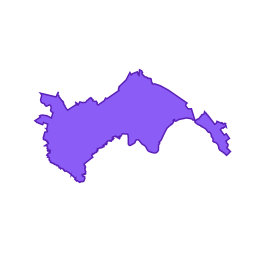 the district of Hauraki District, Waikato, New Zealand, rotated 146°
{"feature_id": "76426892B20926799897700", "entity_name": "Hauraki District", "entity_type": "district", "adm_level": 2, "iso_a3": "NZL", "parent_name": "New Zealand", "parent_adm1": "Waikato", "projection": "albers", "projection_center": [175.627, -37.294], "detail": "fine", "context": "isolated", "style": "filled", "palette": "violet", "viewbox_px": 256, "rotation_deg": 146, "n_neighbors": 0, "source": "geoboundaries", "source_scale": "gbopen_adm2", "svg_char_len": 5861}
<svg xmlns="http://www.w3.org/2000/svg" viewBox="0 0 256 256"><g transform="rotate(146 128 128)"><path d="M118.9,91.8L117.0,91.8L115.3,92.5L111.9,97.1L110.7,97.3L110.0,98.0L110.2,99.0L107.9,99.2L106.7,99.8L101.6,102.9L95.9,106.0L92.3,106.6L90.0,106.6L89.8,107.0L89.2,106.7L87.5,107.2L86.7,107.9L86.5,108.8L86.1,108.8L85.6,109.3L84.9,109.0L85.2,108.8L85.5,107.9L84.8,107.1L83.6,106.7L81.8,106.7L79.7,106.0L78.9,106.3L79.2,106.0L78.3,105.4L73.8,103.6L70.2,100.1L69.9,99.5L69.9,98.6L68.9,97.7L68.6,96.4L68.3,96.7L64.7,108.5L67.5,110.3L67.7,114.3L66.2,115.6L65.1,115.7L73.4,136.9L77.7,145.2L81.3,149.8L82.0,149.9L83.2,151.1L82.7,151.7L82.7,153.2L81.4,155.5L81.7,156.5L82.1,156.6L82.2,157.0L83.4,157.7L83.6,158.7L84.1,158.7L84.2,159.8L85.4,160.9L85.7,161.6L85.6,162.2L85.9,162.5L85.8,163.2L86.2,164.8L85.8,165.5L84.9,165.9L85.0,166.4L84.7,167.8L85.9,169.8L89.5,165.6L89.7,166.7L89.1,168.1L88.9,169.4L94.0,170.5L95.6,170.2L95.4,172.9L102.7,168.9L112.4,167.2L112.4,166.8L113.5,166.2L114.5,165.1L114.6,164.6L114.5,164.2L129.0,164.0L129.9,165.4L132.2,163.9L139.9,163.8L140.2,164.5L140.1,165.6L139.4,166.1L139.4,168.0L140.6,168.6L141.9,169.9L141.8,170.5L141.2,171.1L141.8,171.9L141.9,172.6L141.5,172.8L141.8,173.9L142.6,173.9L143.2,174.2L145.6,173.6L146.2,173.8L148.4,173.1L149.2,173.1L152.0,174.9L153.3,176.6L155.9,175.3L157.0,178.4L157.3,178.2L157.0,175.5L158.3,176.4L168.1,176.6L168.3,179.0L168.2,181.2L167.8,182.1L168.1,183.4L167.7,184.0L167.5,185.2L167.1,185.5L167.5,186.3L167.2,186.4L167.4,187.0L167.2,187.2L167.6,188.1L167.6,189.9L167.8,190.2L167.6,191.2L167.9,192.4L167.4,193.2L167.3,193.9L167.7,194.9L165.5,196.9L170.3,194.0L181.1,205.8L181.0,204.7L181.3,203.2L184.5,200.5L185.1,199.4L185.5,197.9L185.0,196.5L183.8,195.0L184.0,193.2L183.7,191.9L183.0,191.5L180.5,191.2L179.9,190.8L179.8,190.4L180.0,188.5L180.4,187.6L182.3,186.0L182.5,185.2L182.3,184.1L181.5,182.9L185.9,179.1L188.4,183.6L191.6,186.5L193.4,187.4L194.6,187.5L194.6,186.0L201.1,186.1L200.4,183.5L199.8,182.9L199.6,182.3L196.9,178.5L194.9,179.7L192.4,176.1L195.7,172.8L196.2,173.2L196.1,172.8L196.5,171.8L196.2,171.0L197.3,170.0L199.2,171.1L203.7,167.3L204.0,166.6L204.5,165.7L203.9,165.1L203.3,165.0L203.2,164.3L203.4,164.2L202.7,163.2L202.9,163.2L202.8,161.4L202.3,161.4L202.3,160.2L202.6,159.7L207.0,159.8L206.8,159.6L205.7,159.7L205.3,159.3L205.4,158.7L205.2,158.6L205.2,158.1L205.9,156.2L206.4,156.2L206.2,154.8L207.3,154.6L207.4,153.7L206.3,153.1L205.6,153.6L205.3,153.2L205.6,152.7L205.2,152.6L206.4,151.4L206.6,151.6L206.6,151.1L208.0,151.6L208.4,151.6L208.4,151.3L209.9,151.2L210.6,150.8L210.0,149.8L210.2,148.9L210.7,148.8L210.5,148.6L210.7,148.4L209.9,147.7L210.3,146.5L211.0,146.1L211.3,144.9L210.8,143.7L211.4,142.9L211.0,142.8L210.7,141.9L210.2,141.4L210.3,141.2L209.9,141.1L209.4,139.3L209.0,139.3L208.8,139.0L208.9,138.3L208.1,137.8L207.8,137.0L207.9,136.6L207.5,136.6L206.9,135.7L207.2,134.7L206.9,134.2L207.1,133.8L206.9,133.6L207.2,133.4L206.6,132.7L206.7,131.9L205.9,132.0L204.8,130.4L204.5,128.8L204.8,128.6L204.4,127.9L204.5,127.4L203.7,127.2L202.9,126.2L202.2,124.8L201.1,121.3L201.5,120.7L201.3,120.8L201.4,120.6L200.9,119.9L200.4,118.6L200.5,118.4L200.1,116.8L199.6,116.1L200.1,115.7L199.7,115.7L200.2,115.3L200.5,114.8L200.3,114.3L200.5,113.7L200.2,113.4L200.2,112.7L199.4,112.6L198.5,110.0L198.0,109.8L197.0,109.9L195.6,108.9L194.5,108.6L192.2,110.1L191.8,111.0L191.2,111.6L191.4,112.3L192.3,112.9L192.5,113.8L192.1,115.0L190.7,114.5L190.7,114.3L190.3,114.5L190.1,114.2L189.9,114.4L189.4,114.3L189.4,113.7L188.8,113.7L188.3,114.3L188.3,114.7L187.4,115.5L187.1,117.2L186.7,118.1L186.3,118.2L186.3,118.7L185.5,119.2L185.2,119.2L184.8,120.6L185.0,120.8L184.7,121.2L185.0,121.8L184.4,122.7L175.8,123.4L173.6,123.4L173.5,125.2L173.3,125.7L172.5,125.8L171.7,126.5L171.1,125.7L170.7,125.9L170.0,125.7L169.5,125.8L169.4,126.0L167.7,125.5L167.4,126.1L166.2,126.0L166.2,126.7L165.5,126.6L165.3,127.6L164.9,128.0L164.2,127.3L162.7,127.5L161.7,126.6L161.2,127.0L160.2,126.2L159.5,126.3L158.5,125.9L158.1,126.3L158.4,127.6L157.7,127.5L157.2,127.0L156.6,127.0L155.4,127.9L155.2,127.5L155.3,126.5L155.0,126.3L154.2,127.0L154.1,127.5L153.7,127.4L153.5,128.3L152.0,128.6L151.3,128.1L150.2,128.0L150.2,127.6L149.8,127.3L150.0,127.1L149.2,126.4L148.6,126.9L147.3,126.8L147.4,127.2L146.8,127.2L146.8,127.6L146.3,127.3L145.7,127.3L146.1,129.0L145.3,129.1L143.3,128.3L143.1,127.8L142.8,127.9L142.9,127.4L142.3,127.1L142.3,126.8L142.1,126.6L142.3,126.3L142.2,125.9L141.2,125.9L141.1,124.9L140.7,124.5L141.3,124.3L141.1,123.9L140.1,124.4L140.4,125.1L140.0,126.0L138.6,125.2L136.1,126.3L135.2,126.0L134.0,124.8L131.9,123.4L131.8,122.9L131.9,122.2L133.3,119.6L136.6,114.7L136.8,113.8L136.6,112.9L135.7,112.2L131.6,111.9L130.4,112.0L128.4,113.4L127.4,113.3L126.2,112.7L125.7,111.4L125.4,107.0L123.9,103.8L123.8,102.1L124.2,98.9L124.1,98.0L123.5,96.6L122.4,95.0L120.7,93.1L118.9,91.8ZM68.4,96.2L68.3,95.9L68.5,96.1L69.0,95.8L69.2,95.4L68.7,93.5L67.8,91.3L66.1,88.9L66.0,87.9L65.5,87.7L66.1,87.8L65.1,86.1L64.0,83.3L64.0,81.7L63.8,81.3L64.0,80.5L63.4,79.2L63.2,79.0L62.8,79.2L62.5,78.1L62.7,75.8L63.0,75.2L63.5,75.0L63.6,73.1L63.4,72.0L63.6,71.3L65.0,69.6L64.6,68.2L63.7,67.4L63.9,67.5L63.2,66.3L62.8,64.5L63.1,62.5L64.2,60.0L64.3,58.4L63.7,57.5L63.6,56.5L62.8,55.3L62.9,54.3L61.9,53.1L62.1,52.2L61.6,51.2L61.8,50.6L61.6,50.2L56.2,51.2L57.2,56.4L55.3,57.1L54.2,58.5L54.4,59.0L54.3,59.6L54.6,60.7L53.8,62.0L54.8,62.4L49.7,62.6L49.8,68.3L52.2,68.3L52.4,74.9L50.3,75.5L49.2,74.7L48.9,75.2L48.6,75.2L47.6,74.6L46.4,74.9L46.0,74.7L45.9,74.1L45.5,75.1L45.7,75.4L45.0,76.8L44.6,77.1L45.4,77.9L46.7,77.7L47.1,78.6L46.9,78.8L47.0,80.1L46.8,80.3L47.9,79.7L50.5,83.8L52.0,82.6L54.0,82.4L54.7,93.8L54.9,93.8L54.9,96.1L55.2,96.0L55.4,98.7L57.2,97.1L58.3,97.3L59.3,97.8L60.6,97.1L61.0,97.1L64.2,96.0L65.9,96.6L66.5,96.3L67.9,96.6L67.8,96.3L68.4,96.2Z" fill="#8b5cf6" stroke="#5b21b6" stroke-width="1.5"/></g></svg>